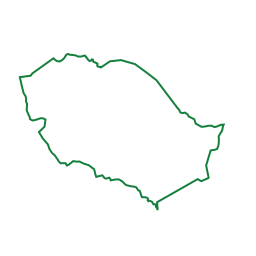 San Juan Yaeé, Oaxaca, Mexico (Mercator projection), rotated 75°
{"feature_id": "50627088B32639948648088", "entity_name": "San Juan Yaeé", "entity_type": "district", "adm_level": 2, "iso_a3": "MEX", "parent_name": "Mexico", "parent_adm1": "Oaxaca", "projection": "mercator", "projection_center": [-96.28, 17.445], "detail": "fine", "context": "isolated", "style": "outline", "palette": "green", "viewbox_px": 256, "rotation_deg": 75, "n_neighbors": 0, "source": "geoboundaries", "source_scale": "gbopen_adm2", "svg_char_len": 2189}
<svg xmlns="http://www.w3.org/2000/svg" viewBox="0 0 256 256"><g transform="rotate(75 128 128)"><path d="M108.9,215.1L116.3,212.9L123.1,209.6L128.2,209.3L132.7,207.7L134.2,206.6L135.6,205.8L139.7,204.3L142.3,203.5L144.5,202.4L145.8,197.5L148.5,196.7L148.0,194.6L147.0,192.1L145.8,189.6L147.1,186.6L147.9,183.4L149.9,181.2L151.4,179.3L153.7,175.6L159.0,171.5L161.2,171.4L164.5,171.5L167.0,171.3L167.0,168.3L167.1,165.0L168.7,164.3L170.2,163.7L171.2,162.4L171.2,160.5L171.1,159.0L172.3,158.3L174.1,158.2L174.3,155.4L174.6,152.7L175.3,150.2L176.3,149.0L178.5,147.1L180.9,145.8L182.6,144.6L184.3,141.7L185.1,140.1L186.4,136.9L187.6,135.3L190.8,134.3L191.8,132.9L194.3,132.8L198.4,132.5L199.1,130.1L200.0,128.0L201.4,127.0L202.9,127.7L203.9,127.4L203.7,126.3L204.7,124.8L205.8,123.7L207.8,123.4L208.4,123.0L208.4,122.5L208.7,121.7L208.9,121.1L210.1,121.3L211.6,121.3L212.7,120.8L215.0,120.6L207.2,119.1L195.4,73.9L198.3,71.1L197.2,63.3L196.8,63.0L184.4,62.2L171.1,54.0L171.5,49.8L171.3,47.3L169.8,46.3L168.9,45.5L166.2,44.3L163.0,43.3L159.4,42.5L156.9,40.0L154.8,37.7L152.5,36.6L150.8,35.7L149.5,34.7L149.2,36.4L149.0,38.1L149.5,41.0L149.6,44.0L147.4,46.8L146.7,49.6L146.4,54.1L145.8,56.8L141.2,61.5L136.8,61.7L134.5,64.2L132.7,66.3L130.4,66.9L127.9,68.9L127.7,71.6L126.4,73.5L123.6,73.9L121.8,74.9L89.3,88.1L80.2,95.0L68.1,104.7L60.6,117.2L58.9,128.1L62.5,138.5L62.0,138.9L61.8,138.9L61.4,140.2L61.1,140.8L60.6,141.4L60.0,141.6L59.1,141.4L58.6,140.9L58.1,140.8L57.6,141.0L56.3,142.8L55.7,143.3L55.4,143.9L54.7,144.4L54.2,144.4L53.9,144.5L52.9,144.2L52.7,144.4L52.4,145.2L53.3,146.2L53.5,146.9L53.3,147.7L52.6,148.3L51.5,149.0L50.4,149.3L49.7,149.7L49.0,149.9L48.6,149.9L48.3,150.4L47.3,150.6L46.9,150.8L46.8,152.0L46.8,155.2L46.0,157.8L44.4,159.7L42.9,163.1L42.2,165.2L41.0,166.7L41.3,168.7L43.3,170.7L44.2,171.9L45.4,174.2L46.0,176.8L45.1,179.1L43.4,180.7L41.4,182.0L50.4,206.0L52.3,208.6L50.9,219.3L59.3,219.7L67.4,219.8L70.8,218.7L73.7,218.9L75.6,219.6L78.7,219.3L82.0,220.4L84.8,221.3L89.7,220.6L91.9,220.1L93.9,220.4L95.3,219.1L96.2,217.8L96.2,216.4L96.2,212.9L96.0,210.9L96.0,209.4L96.9,207.2L98.5,205.5L105.1,208.3L108.9,215.1Z" fill="none" stroke="#15803d" stroke-width="2"/></g></svg>